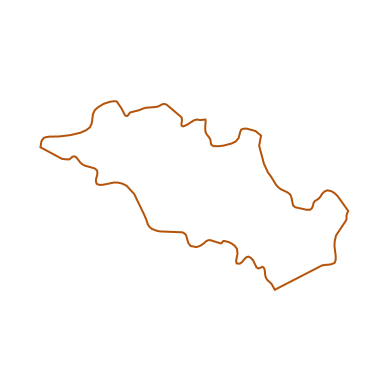 outline of Oum el Bouaghi, rotated 10°
{"feature_id": "DZA-2221", "entity_name": "Oum el Bouaghi", "entity_type": "Province", "adm_level": 1, "iso_a3": "DZA", "parent_name": "Algeria", "parent_adm1": "", "projection": "robinson", "projection_center": [7.045, 35.82], "detail": "fine", "context": "isolated", "style": "outline", "palette": "amber", "viewbox_px": 384, "rotation_deg": 10, "n_neighbors": 0, "source": "natural_earth", "source_scale": "10m", "svg_char_len": 2371}
<svg xmlns="http://www.w3.org/2000/svg" viewBox="0 0 384 384"><g transform="rotate(10 192 192)"><path d="M58.1,181.9L35.0,174.3L34.9,168.4L35.4,166.7L36.7,164.5L38.9,163.2L42.5,162.1L50.7,160.6L62.4,157.1L71.8,153.0L77.0,149.5L80.2,146.1L81.2,142.7L81.3,139.3L80.9,132.6L82.1,128.2L84.7,124.9L89.6,120.6L95.1,117.6L97.9,116.6L100.7,115.9L102.3,116.0L108.1,122.0L112.6,127.9L113.4,128.4L114.8,128.5L115.8,127.4L116.4,126.0L116.8,125.1L117.1,124.5L125.7,120.6L129.0,118.5L132.1,117.0L141.1,114.7L143.3,113.9L145.4,112.5L147.0,111.1L149.1,110.1L151.7,110.3L168.7,120.2L169.8,123.4L169.7,126.6L170.3,128.6L172.1,128.9L175.9,126.3L181.4,121.1L184.1,119.8L187.8,119.7L192.6,118.3L193.2,120.1L193.6,124.7L194.1,127.8L195.0,130.8L196.6,132.8L198.7,134.6L200.6,136.6L201.5,138.4L201.9,140.3L202.8,142.0L205.1,143.1L210.1,142.3L215.1,140.8L222.5,137.4L226.3,134.7L228.5,130.8L229.1,124.2L229.7,121.9L231.6,120.8L234.6,120.1L243.8,120.9L250.2,124.4L250.1,134.8L258.0,151.8L263.5,159.7L267.0,162.9L273.4,170.2L276.2,172.4L278.9,173.8L286.4,175.9L289.4,177.6L291.0,180.5L293.9,187.7L296.3,189.1L308.1,189.6L311.5,188.9L312.9,187.1L313.5,184.3L313.6,181.7L314.4,179.8L317.7,176.8L319.3,174.3L320.4,171.3L322.3,168.6L325.1,166.8L329.7,167.1L333.3,168.8L336.3,170.9L349.1,183.5L348.3,187.1L348.3,187.8L348.4,189.1L348.9,191.8L348.5,193.6L341.4,209.8L341.1,215.7L341.7,220.6L344.6,229.9L345.3,233.9L344.7,237.1L341.5,239.1L338.6,240.0L335.6,240.7L332.7,241.8L290.5,273.9L286.4,268.8L281.0,265.2L279.5,263.2L278.7,261.6L276.9,255.5L275.4,253.8L273.9,253.6L272.1,255.0L270.7,255.8L268.6,255.0L263.9,248.5L261.2,246.6L258.8,245.8L256.7,246.9L255.2,249.1L253.4,252.4L251.5,254.3L248.4,254.6L247.4,252.4L247.5,244.6L246.2,240.3L243.5,237.6L239.7,235.7L236.3,234.9L232.3,234.6L231.5,234.7L230.9,235.5L230.7,236.1L230.4,236.7L229.8,237.4L228.5,237.6L218.3,236.2L216.5,236.6L214.5,238.0L212.3,240.8L209.4,243.6L205.9,245.5L200.0,245.4L197.2,242.8L193.5,235.3L191.3,233.9L189.3,233.4L167.1,236.4L163.3,236.2L158.6,235.2L156.0,233.6L154.1,231.5L151.7,227.0L148.4,222.0L135.4,204.0L126.5,197.2L122.1,195.9L118.0,195.6L113.9,196.1L102.9,200.4L99.5,201.1L96.7,200.5L95.4,197.8L95.3,195.1L95.7,192.3L95.6,190.1L94.9,187.5L93.1,186.2L91.6,185.6L82.3,184.7L79.4,183.9L76.9,182.4L71.9,177.8L69.8,177.3L68.1,178.1L65.5,181.2L61.5,181.8L58.1,181.9Z" fill="none" stroke="#b45309" stroke-width="2"/></g></svg>